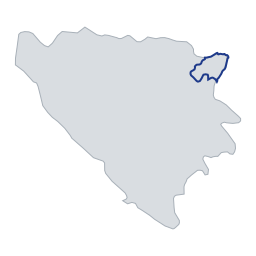 where Bijeljina sits in Bosnia and Herzegovina
{"feature_id": "BIH-4804", "entity_name": "Bijeljina", "entity_type": "state/province", "adm_level": 1, "iso_a3": "BIH", "parent_name": "Bosnia and Herzegovina", "parent_adm1": "", "projection": "natural_earth1", "projection_center": [19.107, 44.733], "detail": "fine", "context": "in_parent", "style": "outline", "palette": "blue", "viewbox_px": 256, "rotation_deg": 0, "n_neighbors": 0, "source": "natural_earth", "source_scale": "10m", "svg_char_len": 2737}
<svg xmlns="http://www.w3.org/2000/svg" viewBox="0 0 256 256"><path d="M226.8,56.4L227.2,58.0L225.9,63.8L223.5,70.0L219.4,76.5L215.2,82.6L214.1,85.8L213.8,90.9L213.3,95.0L213.9,97.2L215.3,99.3L219.9,100.9L226.2,104.9L231.6,110.2L238.5,116.3L240.6,118.5L240.6,120.9L238.6,122.7L232.8,123.4L226.6,122.8L224.3,122.2L222.1,123.0L220.7,124.3L221.5,125.9L227.7,133.3L235.1,143.8L235.5,148.3L234.6,151.8L232.9,154.3L229.9,153.9L227.5,151.9L224.0,152.1L221.3,152.6L217.8,156.4L216.0,156.3L213.0,156.8L211.0,157.6L208.0,156.5L204.8,155.8L203.4,156.9L202.8,159.1L204.8,163.2L208.5,169.5L207.9,174.3L205.1,174.9L202.5,170.8L200.2,170.2L197.5,170.3L191.5,175.0L187.1,178.9L186.1,181.7L184.5,184.7L184.0,186.8L184.1,194.1L176.1,195.2L174.4,196.3L173.5,198.5L174.1,207.7L174.7,212.7L179.3,220.4L179.4,222.8L178.8,224.4L175.5,227.5L174.0,228.6L172.9,228.9L167.6,226.9L165.1,226.0L154.5,219.2L149.8,215.4L142.4,210.5L137.8,207.7L135.5,203.4L131.9,202.4L127.6,203.8L122.7,200.7L126.2,199.1L127.1,197.6L126.6,195.6L125.1,192.9L112.1,181.3L105.7,173.4L104.7,170.5L104.6,162.9L103.1,161.1L93.5,157.7L82.8,147.8L71.8,138.2L70.3,135.5L64.7,128.2L57.8,121.5L52.3,117.3L47.8,112.5L42.8,105.7L40.4,95.6L38.1,86.5L36.6,83.0L33.4,81.8L23.7,71.1L15.4,64.9L15.5,58.2L17.1,47.0L18.8,34.3L20.8,32.5L24.7,31.6L29.0,31.9L32.8,33.5L40.3,42.2L44.5,45.6L48.2,46.9L52.4,43.2L57.6,35.5L62.2,31.5L77.4,32.9L84.9,27.1L96.9,34.8L101.9,36.0L104.7,34.9L108.5,35.4L116.9,37.7L118.9,38.6L121.4,38.5L127.7,35.4L129.9,35.8L137.0,41.7L140.6,41.8L145.0,39.2L147.7,37.0L156.0,38.7L160.7,37.7L164.6,37.6L168.8,38.6L172.7,40.0L176.5,41.2L186.7,41.8L191.5,45.6L193.5,49.2L193.5,51.4L194.0,53.8L196.8,56.2L202.9,57.5L206.8,57.2L208.8,57.1L214.1,55.0L220.2,53.9L224.7,55.1L226.8,56.4Z" fill="#d9dde1" stroke="#a8b0b8" stroke-width="1"/><path d="M204.9,57.7L206.7,57.7L207.3,57.5L209.2,57.0L210.4,56.8L211.3,56.5L216.6,53.1L217.3,52.9L217.7,53.3L217.9,54.0L218.2,54.3L218.8,54.3L219.8,53.9L220.4,53.8L223.0,54.3L223.5,54.2L224.0,54.0L224.5,54.0L225.7,55.0L226.3,55.2L226.9,55.2L227.0,55.1L227.3,55.2L227.6,55.6L227.9,55.9L228.2,56.3L228.3,56.9L228.4,57.7L228.2,57.9L227.9,58.0L227.6,58.3L225.6,67.2L225.0,68.6L224.4,69.4L223.2,70.3L222.6,70.9L222.2,71.6L221.3,73.8L218.6,78.0L218.3,78.3L217.7,78.6L217.4,79.0L217.3,79.5L217.3,80.6L217.2,81.2L216.9,81.8L216.2,80.5L215.0,79.0L213.1,77.8L212.2,77.6L210.7,78.1L209.1,79.1L208.2,79.6L208.1,75.9L207.7,74.7L205.6,74.3L203.5,74.7L202.8,75.9L201.7,78.2L200.0,80.9L198.6,81.5L197.5,81.5L196.5,80.8L193.4,77.4L191.1,75.4L190.5,73.9L190.6,72.2L191.3,71.3L193.0,70.4L194.5,69.4L195.0,67.7L194.9,66.4L195.9,65.3L196.8,64.7L199.7,64.5L201.1,63.5L201.8,61.5L202.7,60.3L204.0,59.7L204.9,59.1L204.9,57.7Z" fill="none" stroke="#1e3a8a" stroke-width="2"/></svg>